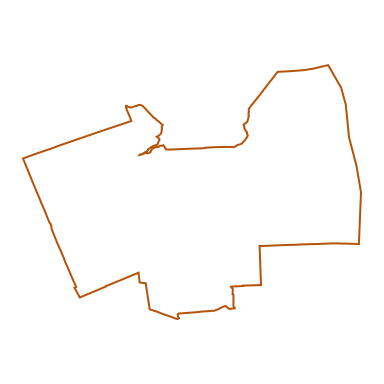 Brancoveni, Olt, Romania
{"feature_id": "2599482B4467006256881", "entity_name": "Brancoveni", "entity_type": "district", "adm_level": 2, "iso_a3": "ROU", "parent_name": "Romania", "parent_adm1": "Olt", "projection": "orthographic", "projection_center": [24.313, 44.317], "detail": "fine", "context": "isolated", "style": "outline", "palette": "amber", "viewbox_px": 384, "rotation_deg": 0, "n_neighbors": 0, "source": "geoboundaries", "source_scale": "gbopen_adm2", "svg_char_len": 5896}
<svg xmlns="http://www.w3.org/2000/svg" viewBox="0 0 384 384"><path d="M358.9,244.0L361.0,192.3L356.4,165.5L349.0,137.2L345.8,104.8L341.2,87.8L328.1,65.1L314.7,68.3L312.5,68.8L303.2,70.2L288.6,71.3L278.1,71.8L277.6,72.2L277.1,72.3L276.8,72.8L276.3,73.5L274.2,76.3L272.9,77.9L271.9,79.3L270.8,80.7L269.7,82.0L268.9,82.9L268.6,83.4L268.3,83.7L268.1,84.0L267.9,84.3L267.4,84.9L267.0,85.4L266.5,86.3L265.2,87.9L264.3,89.0L263.5,90.0L262.5,91.4L261.4,92.8L259.5,95.3L258.0,97.2L257.7,97.5L256.7,98.8L253.4,102.9L251.0,105.8L249.1,108.5L248.8,109.0L248.7,109.8L248.6,110.8L248.9,111.5L248.9,111.8L249.0,112.3L248.4,113.4L248.4,113.9L248.5,114.2L248.6,114.8L248.7,115.1L248.9,115.6L248.7,116.1L248.6,116.7L248.5,117.2L248.3,118.1L248.0,119.2L247.7,120.6L247.5,121.2L247.2,121.6L246.8,122.1L246.1,122.9L245.1,123.5L244.5,123.8L244.1,124.1L243.7,124.4L243.6,124.9L243.9,125.5L244.2,126.1L244.3,126.9L244.3,127.4L244.5,128.5L244.8,129.0L245.1,129.7L245.4,130.2L245.7,130.6L246.3,131.5L246.9,132.2L247.2,132.7L247.0,133.1L246.8,133.3L246.9,133.6L247.4,134.5L247.8,135.7L247.3,136.5L246.9,137.5L246.0,138.6L245.3,139.7L244.8,140.3L243.9,141.2L243.1,142.2L242.4,142.9L241.6,143.6L240.7,144.1L239.3,144.5L238.7,144.7L237.6,145.0L237.1,145.3L234.7,146.8L234.1,147.0L233.3,147.1L229.2,146.9L219.2,147.1L214.5,147.2L205.5,147.7L205.3,148.0L205.0,148.0L203.7,148.2L202.8,148.3L190.4,148.7L168.9,149.6L168.1,149.5L166.9,149.5L165.7,149.3L165.2,148.1L164.3,146.6L163.4,145.2L162.4,145.7L160.7,145.7L159.9,145.9L159.2,146.7L158.2,146.8L156.6,147.1L155.4,147.5L153.7,148.0L153.1,148.4L152.3,148.9L151.6,149.7L150.7,151.4L150.5,152.2L148.4,153.2L147.5,153.3L145.8,153.0L144.6,153.3L142.6,154.1L141.4,154.6L140.4,154.8L139.4,155.0L139.6,154.7L141.1,154.3L142.3,154.0L143.0,153.5L143.8,153.1L144.5,152.5L145.3,152.1L146.1,152.0L146.8,151.9L147.2,151.4L147.5,150.8L147.5,150.3L147.7,150.1L148.0,150.0L148.0,149.7L148.4,149.0L148.9,148.7L149.5,148.5L150.0,148.1L150.6,147.6L150.9,147.4L151.2,147.2L151.7,146.9L152.1,146.6L152.6,146.3L152.9,146.1L153.5,145.9L154.2,145.6L154.9,145.4L155.9,145.2L156.4,145.0L157.1,144.8L157.6,144.3L158.0,143.4L158.0,143.0L158.2,142.6L158.4,142.1L158.6,141.3L159.4,140.0L159.4,139.6L159.4,139.2L159.3,138.8L159.0,138.5L158.7,138.3L158.4,138.0L157.9,137.6L157.3,137.2L157.1,137.0L156.9,136.9L156.7,136.7L157.1,136.5L157.6,136.3L158.2,136.0L158.6,135.8L159.1,135.4L159.7,134.9L160.6,134.0L160.9,133.6L161.3,132.8L161.4,132.3L161.5,132.0L161.6,131.6L161.6,131.1L161.6,130.6L161.7,129.8L161.8,129.3L161.9,128.9L161.9,128.5L161.9,128.2L161.8,127.7L161.7,127.4L161.6,127.1L161.7,126.9L161.9,126.6L162.0,126.3L162.3,126.1L162.4,125.8L162.6,125.5L162.7,125.3L162.7,125.1L162.7,124.9L162.3,124.7L162.0,124.4L161.6,124.1L161.2,123.8L160.6,123.2L159.9,122.6L159.5,122.2L159.1,121.8L158.8,121.6L157.9,120.9L156.9,120.2L156.6,120.0L156.3,119.7L156.1,119.4L155.8,119.1L155.5,118.8L155.3,118.6L155.0,118.3L154.7,118.2L154.3,118.0L153.9,117.9L153.7,117.8L153.6,117.7L153.4,117.3L153.3,117.1L152.0,115.8L151.4,115.1L150.1,113.8L149.7,113.4L149.0,112.7L147.8,111.4L147.3,110.7L146.7,110.1L145.9,109.3L145.3,108.7L144.6,107.9L144.0,107.4L143.6,106.9L143.2,106.4L142.7,106.0L142.3,105.8L141.9,105.5L141.3,105.3L140.8,105.1L140.2,105.0L139.6,104.9L139.0,104.9L138.5,105.0L138.1,105.1L137.6,105.4L137.1,105.7L136.8,105.8L136.4,106.0L135.8,106.1L135.1,106.2L134.5,106.4L133.9,106.6L133.2,106.8L132.8,107.0L132.1,107.2L131.5,107.4L130.9,107.4L130.4,107.4L129.8,107.2L129.4,107.1L129.1,107.0L128.6,106.9L128.4,106.9L128.2,106.9L127.9,106.7L127.7,106.5L127.4,106.2L127.0,106.0L126.7,105.9L126.4,105.9L126.0,105.9L126.0,106.6L126.0,107.2L126.2,108.0L126.4,108.6L126.6,109.1L126.8,109.7L127.1,110.5L127.5,111.4L128.1,112.8L128.7,114.2L129.2,115.4L129.6,116.4L129.9,117.1L130.4,118.4L130.7,119.3L131.0,120.0L131.1,120.3L131.2,120.7L131.3,121.0L101.0,131.2L100.9,131.2L61.2,144.9L48.9,149.4L47.8,149.7L35.0,154.1L23.0,158.5L30.8,177.5L32.1,180.9L32.5,181.8L34.6,186.8L36.3,191.0L37.8,194.3L38.6,196.2L39.8,199.3L40.6,201.1L41.2,202.8L42.5,205.9L42.7,206.0L42.8,206.3L43.8,208.7L45.2,212.0L47.7,218.3L49.3,222.3L49.7,222.8L50.1,223.6L50.4,223.8L50.7,224.0L51.1,225.2L51.4,227.3L51.5,227.9L51.4,228.1L51.6,228.9L56.8,241.9L57.6,243.9L60.8,250.9L61.0,251.5L61.7,253.1L62.3,254.5L62.9,255.7L64.6,260.2L65.8,263.6L66.3,264.2L66.9,265.7L68.1,268.3L68.5,269.2L68.6,269.6L71.0,275.3L73.7,281.5L75.7,285.7L76.2,287.0L74.5,287.7L78.8,295.6L79.6,297.2L79.8,297.5L80.0,297.4L105.7,286.6L105.6,286.3L106.6,285.9L138.5,272.7L139.7,282.5L145.7,283.3L145.9,284.4L147.4,294.5L147.6,295.8L149.7,309.3L151.5,309.9L152.2,310.1L152.8,310.3L153.9,310.7L154.4,310.9L155.3,311.2L156.2,311.4L158.4,312.2L159.3,312.6L160.1,312.9L161.3,313.4L162.2,313.7L163.3,314.1L164.4,314.5L165.0,314.7L165.4,314.9L165.7,315.0L166.3,315.2L167.2,315.5L167.9,315.7L169.0,316.1L169.8,316.4L176.2,318.7L176.3,318.8L176.6,318.9L176.9,318.9L177.1,318.9L177.3,318.9L177.5,318.9L177.9,318.8L178.1,318.8L178.4,318.6L178.7,318.4L178.9,318.3L178.7,317.8L178.5,317.5L178.2,316.9L178.0,316.5L177.9,316.2L177.8,315.8L177.7,315.6L177.7,315.2L177.7,314.8L177.7,314.4L177.8,314.2L178.0,314.0L178.3,313.8L178.5,313.7L178.8,313.4L179.1,313.5L187.7,312.9L196.3,312.2L202.7,311.5L209.3,311.1L214.1,310.7L215.2,310.4L216.6,309.8L217.9,309.3L219.2,308.7L220.1,308.1L221.1,307.7L222.4,307.1L225.2,306.0L225.5,306.0L229.4,309.0L229.7,308.9L234.8,308.3L234.7,307.9L234.0,306.9L233.4,306.0L233.5,295.0L232.6,294.4L232.8,289.0L232.4,288.5L231.8,287.8L230.9,286.7L231.0,286.6L243.1,286.0L243.1,285.6L246.8,285.5L261.0,285.1L259.6,246.0L262.8,246.0L271.2,245.6L274.2,245.5L276.6,245.4L286.6,245.0L290.2,244.9L294.8,244.8L300.1,244.5L303.6,244.4L306.4,244.3L308.4,244.2L311.4,244.1L313.6,244.1L316.7,244.0L318.5,244.0L321.1,243.8L323.3,243.8L324.8,243.7L326.7,243.6L327.8,243.6L329.8,243.5L331.5,243.4L333.6,243.4L337.4,243.4L358.9,244.0Z" fill="none" stroke="#b45309" stroke-width="2"/></svg>